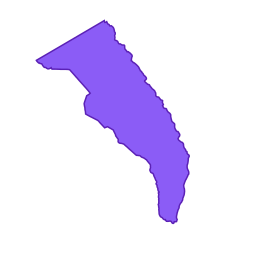 the district of Buriticupu, Maranhão, Brazil, rotated 149°
{"feature_id": "56859067B77921230498574", "entity_name": "Buriticupu", "entity_type": "district", "adm_level": 2, "iso_a3": "BRA", "parent_name": "Brazil", "parent_adm1": "Maranhão", "projection": "natural_earth1", "projection_center": [-46.359, -4.421], "detail": "fine", "context": "isolated", "style": "filled", "palette": "violet", "viewbox_px": 256, "rotation_deg": 149, "n_neighbors": 0, "source": "geoboundaries", "source_scale": "gbopen_adm2", "svg_char_len": 4637}
<svg xmlns="http://www.w3.org/2000/svg" viewBox="0 0 256 256"><g transform="rotate(149 128 128)"><path d="M134.6,22.8L134.0,23.3L133.6,23.7L133.0,24.2L132.9,25.0L132.8,25.8L132.2,26.9L131.6,27.7L130.5,28.9L129.8,29.7L128.6,30.8L128.1,31.3L127.5,31.8L127.0,32.2L126.3,32.6L125.7,33.0L125.0,33.7L124.7,34.3L123.2,35.6L121.5,36.5L120.6,36.7L119.9,37.1L119.3,37.6L118.7,37.8L117.9,38.6L117.5,39.2L116.9,39.8L115.9,40.5L115.4,41.0L114.3,41.8L113.8,42.5L113.3,43.0L112.8,43.7L112.1,44.6L111.3,46.2L110.9,47.1L110.8,47.9L110.5,48.8L110.0,49.7L109.7,50.4L109.0,50.9L108.3,51.5L107.1,52.5L106.3,53.1L105.3,53.8L104.5,54.2L103.6,54.8L103.0,55.2L101.6,56.1L101.0,56.7L99.7,57.2L99.2,57.9L98.7,58.8L98.4,59.7L98.3,60.5L98.2,61.4L98.0,62.7L97.5,64.0L96.6,65.4L96.2,65.9L95.6,66.3L95.0,66.9L94.2,67.8L93.1,69.2L92.6,69.9L92.3,70.5L91.6,71.2L90.2,72.1L89.7,73.1L90.0,74.2L90.4,75.2L90.3,76.2L89.7,77.0L89.8,77.7L90.2,78.5L89.8,79.9L90.1,82.1L89.8,83.3L89.4,84.4L89.0,85.1L88.7,85.8L88.7,86.7L88.8,87.6L89.5,88.3L90.0,89.5L90.7,91.3L90.8,92.2L90.6,93.1L89.7,93.7L89.1,94.2L88.4,94.3L87.9,94.6L87.4,95.1L86.9,96.0L87.0,97.1L86.9,98.2L87.0,99.2L87.8,99.9L88.1,100.7L88.0,102.0L88.0,103.0L87.9,103.8L87.5,104.9L86.6,106.3L86.0,107.3L86.0,108.1L86.4,108.9L86.6,109.9L86.9,110.5L86.9,111.6L86.6,112.4L86.1,114.2L85.6,115.4L85.3,116.3L84.7,117.0L84.5,117.8L84.6,119.0L84.9,119.8L85.4,121.1L85.5,122.2L85.5,123.3L85.2,124.3L85.4,125.1L86.6,126.0L87.1,127.1L86.8,129.5L85.7,129.7L85.3,132.5L84.3,133.4L84.4,134.1L84.8,134.6L85.4,135.1L85.8,138.7L86.7,139.4L87.2,140.0L87.5,140.8L87.5,141.6L86.9,142.4L86.2,143.8L86.2,145.0L86.0,145.9L86.2,146.7L86.4,147.8L86.7,148.3L87.0,148.9L87.2,150.7L87.3,151.4L87.5,152.3L87.4,153.4L87.5,154.2L88.7,155.5L89.0,156.8L89.4,157.7L89.6,158.7L89.7,159.5L89.3,160.0L87.9,160.2L86.9,160.6L86.5,161.5L86.5,162.6L86.6,163.2L86.8,163.9L87.2,164.9L87.2,166.0L87.1,166.9L87.3,167.8L87.5,168.5L87.3,169.2L87.5,170.0L87.9,170.6L87.7,172.1L87.7,173.4L87.5,174.2L87.6,175.3L87.8,176.3L88.1,177.6L88.5,178.9L89.1,180.6L89.8,181.3L89.9,182.3L90.1,183.2L90.6,184.0L89.3,185.6L88.9,186.1L88.4,186.6L87.4,187.4L87.1,188.3L87.1,189.1L87.4,190.1L87.6,191.2L88.1,191.9L88.3,193.0L88.9,193.6L89.5,193.7L89.6,195.7L89.8,196.4L89.9,197.1L89.7,198.1L89.1,199.2L88.5,200.2L88.5,200.9L89.2,201.5L90.2,202.1L90.6,202.7L91.3,204.1L92.2,204.6L92.5,205.3L92.5,206.0L92.3,206.9L92.3,207.6L92.7,208.7L93.8,209.8L93.8,210.8L92.5,212.4L92.0,213.8L91.6,214.4L90.8,214.9L90.3,215.5L89.9,216.3L90.0,217.4L89.4,218.9L88.9,220.8L88.9,222.0L89.4,223.6L89.7,224.3L90.5,224.6L91.1,225.1L90.9,226.1L91.1,226.8L91.7,227.5L91.7,228.6L91.5,230.1L92.5,230.0L93.5,230.4L93.3,231.5L93.0,232.3L140.6,232.8L171.7,233.2L171.7,232.1L171.1,229.7L170.4,229.4L170.3,228.7L169.4,227.9L168.9,227.5L168.9,225.2L168.6,223.3L168.0,222.6L167.3,222.2L166.9,221.0L166.3,220.0L165.4,219.5L163.8,219.2L162.8,219.3L162.9,218.3L162.8,217.6L160.9,216.5L158.7,215.1L156.7,213.8L154.9,212.6L152.2,211.0L149.8,209.5L148.0,208.1L146.6,200.7L146.2,198.3L146.0,197.5L145.8,196.5L145.7,195.7L145.4,194.0L144.1,187.3L144.0,186.6L143.8,185.6L143.4,183.6L142.9,180.5L142.5,177.3L143.7,177.0L146.8,176.9L152.0,172.5L153.1,171.4L154.0,169.2L154.5,167.6L155.4,165.9L156.0,164.1L157.1,161.8L155.8,159.5L155.4,158.8L155.0,158.2L154.4,157.1L153.7,156.1L150.8,151.4L149.9,149.9L149.6,148.8L149.4,147.2L147.9,140.2L144.9,139.7L141.6,133.8L141.8,132.9L142.1,129.1L142.3,128.2L142.6,127.7L142.5,126.7L142.4,125.1L142.2,123.4L142.6,122.6L143.2,122.0L143.5,121.3L143.6,120.5L143.2,119.8L142.8,119.1L141.4,118.1L139.9,116.4L139.1,113.7L138.8,112.9L138.4,111.6L137.7,109.1L136.9,106.7L135.3,101.5L134.9,100.3L134.1,99.8L133.6,99.3L133.0,98.9L132.4,98.5L131.8,97.7L131.5,96.4L131.1,95.7L130.5,95.0L129.5,93.5L129.0,92.0L128.5,91.3L128.5,90.5L128.3,88.9L128.0,86.8L127.8,86.0L127.8,84.7L128.4,83.8L128.8,83.0L129.2,82.3L130.6,81.1L131.1,80.2L131.2,79.2L131.3,78.3L130.9,77.4L130.2,76.6L130.0,75.8L130.1,75.0L130.6,72.8L130.6,71.6L130.8,70.8L131.1,68.8L130.9,67.8L131.3,66.7L132.2,66.1L132.7,65.7L132.8,64.8L132.5,64.1L133.1,63.1L133.4,62.4L133.5,60.9L134.2,59.6L134.5,58.4L134.3,57.7L134.4,57.0L135.5,56.7L135.7,55.4L136.4,54.6L136.8,54.0L137.4,53.3L137.7,52.5L137.9,51.6L138.7,50.7L139.1,49.6L140.0,48.4L140.3,47.6L141.4,47.0L141.7,46.0L142.0,45.1L142.4,44.6L142.7,43.4L143.5,42.4L144.5,40.3L145.5,38.4L145.8,37.4L145.8,36.2L145.9,35.5L145.6,34.7L145.1,34.0L144.8,33.3L144.7,32.4L144.6,31.7L144.0,30.6L143.1,30.2L143.3,29.5L143.1,28.3L141.8,27.4L140.1,26.7L139.2,25.9L139.1,24.8L139.1,23.9L138.8,23.3L138.3,22.9L137.5,23.0L136.6,23.9L135.6,23.2L134.6,22.8Z" fill="#8b5cf6" stroke="#5b21b6" stroke-width="1.5"/></g></svg>